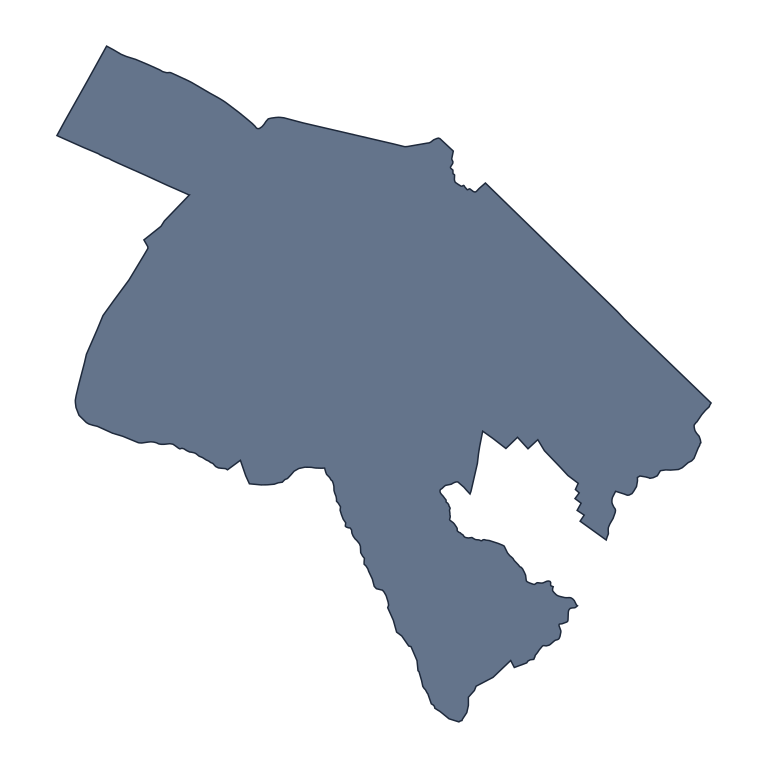 San Lucas Tecopilco, Tlaxcala, Mexico (Albers equal-area conic projection)
{"feature_id": "50627088B19977946929791", "entity_name": "San Lucas Tecopilco", "entity_type": "district", "adm_level": 2, "iso_a3": "MEX", "parent_name": "Mexico", "parent_adm1": "Tlaxcala", "projection": "albers", "projection_center": [-98.249, 19.488], "detail": "fine", "context": "isolated", "style": "filled", "palette": "slate", "viewbox_px": 768, "rotation_deg": 0, "n_neighbors": 0, "source": "geoboundaries", "source_scale": "gbopen_adm2", "svg_char_len": 6094}
<svg xmlns="http://www.w3.org/2000/svg" viewBox="0 0 768 768"><path d="M99.4,154.5L105.3,157.3L109.2,158.7L111.4,160.0L118.7,163.4L144.6,174.9L167.9,185.6L175.5,188.9L188.5,194.7L189.4,194.9L164.4,220.9L161.0,226.3L143.9,239.9L147.8,246.7L147.9,248.4L143.6,255.7L129.0,279.9L113.8,300.5L103.0,315.5L97.0,330.0L86.4,354.3L84.5,362.6L78.9,384.0L76.2,395.3L75.3,400.3L75.4,402.8L76.0,407.5L79.0,415.3L86.3,422.5L88.8,424.0L93.0,425.3L97.3,426.3L112.5,433.2L122.8,436.3L138.3,442.7L139.8,442.9L141.8,443.0L148.0,442.1L150.9,441.8L153.8,442.1L156.5,442.8L158.7,443.9L161.1,444.3L164.2,444.3L169.9,443.7L172.9,444.2L175.0,445.6L178.5,448.2L179.9,448.9L181.9,448.3L183.9,448.8L186.5,450.5L189.6,452.0L191.5,452.2L194.5,452.9L196.2,453.8L199.1,456.2L202.4,457.5L206.3,460.0L208.6,461.0L210.6,462.5L212.8,463.4L215.6,466.5L218.4,467.9L221.7,468.3L225.5,468.6L227.5,469.8L240.4,460.3L245.7,475.7L249.4,483.8L261.1,484.9L267.5,484.8L274.3,484.2L278.2,482.8L282.3,482.2L284.8,479.6L287.5,478.5L290.9,474.9L294.1,471.2L298.8,468.5L304.9,467.2L311.1,467.3L315.5,468.0L321.2,468.2L324.6,468.1L325.7,472.1L326.6,474.4L329.7,477.6L331.0,479.9L332.4,481.1L333.3,483.7L333.9,486.4L334.0,490.5L334.7,493.0L336.1,496.6L336.5,499.2L336.5,501.2L338.3,503.2L340.5,506.8L340.1,510.2L341.4,514.5L343.2,519.2L345.7,522.8L345.3,526.1L346.2,527.0L348.3,527.8L350.0,527.9L351.5,529.8L351.9,533.1L353.1,536.0L355.0,538.8L356.7,540.4L359.4,543.7L360.4,546.3L360.7,552.7L362.6,556.1L364.4,558.3L364.1,561.7L364.1,564.2L366.0,566.0L367.8,568.8L368.7,571.4L372.3,579.0L374.2,586.3L376.4,588.7L382.5,590.2L384.1,592.1L386.1,595.6L388.1,602.0L388.6,605.1L387.7,607.7L393.3,620.2L396.6,632.1L401.8,636.0L408.7,646.0L411.0,646.6L417.0,660.6L418.0,670.7L419.0,671.7L421.6,680.7L422.8,686.4L424.2,688.5L425.4,689.7L427.3,693.2L427.8,693.7L431.3,703.8L433.5,705.2L434.5,706.6L434.8,708.2L438.2,710.4L439.8,711.3L449.0,718.8L458.9,721.9L460.3,721.0L462.0,720.5L462.4,719.3L466.8,712.6L468.4,705.4L468.4,697.2L474.4,690.5L476.1,686.2L493.1,677.3L510.7,660.5L514.3,667.5L526.7,662.9L528.0,661.0L530.3,659.8L533.7,659.4L534.1,658.8L534.4,657.6L535.0,656.8L535.0,656.1L535.2,655.4L537.4,652.7L539.1,650.1L542.3,646.2L543.0,645.7L543.9,645.6L546.2,645.9L549.0,645.2L550.3,644.4L554.0,641.2L555.2,640.3L557.6,639.6L558.7,639.0L559.3,638.1L560.0,636.4L560.9,631.9L560.8,630.6L559.1,625.9L559.0,625.0L559.2,624.3L559.7,624.0L562.0,623.8L566.6,622.1L567.5,621.5L567.8,620.9L568.0,620.0L568.3,612.3L568.6,610.5L569.2,609.5L570.2,608.4L570.9,608.2L572.5,607.9L574.4,607.8L575.4,607.5L577.5,605.8L576.5,605.0L574.3,600.6L572.7,598.9L571.1,597.9L569.9,597.6L566.3,597.7L564.8,597.6L560.2,596.5L558.5,596.0L557.2,595.4L556.2,594.7L554.2,592.7L552.9,591.1L552.6,590.5L552.6,588.8L553.2,586.7L551.4,586.0L550.9,585.7L550.6,585.1L550.7,582.5L550.1,581.5L549.4,581.2L548.2,581.0L546.6,581.3L543.5,582.7L542.1,583.1L540.2,583.0L537.6,582.7L536.9,582.8L534.6,584.4L533.4,584.3L529.5,582.9L527.4,581.9L526.5,581.1L526.2,580.1L525.6,575.2L524.4,572.4L522.6,568.9L521.2,567.3L520.5,567.1L519.7,566.6L518.4,564.9L514.2,560.5L513.0,558.5L511.3,556.9L509.7,555.6L507.5,552.9L504.2,546.1L502.6,545.2L498.2,543.4L489.2,540.5L485.7,540.1L484.8,539.7L483.4,539.7L482.8,539.9L481.9,540.7L481.4,540.7L480.6,540.6L479.0,539.9L476.3,539.7L475.0,539.4L471.9,537.5L468.3,538.0L466.1,537.6L465.1,537.3L464.2,536.7L462.9,534.8L461.2,533.8L460.4,532.9L458.6,532.1L457.7,531.2L457.2,530.7L457.2,528.6L456.8,527.6L454.4,524.0L453.2,522.7L449.9,520.2L449.6,519.5L450.2,517.0L450.2,515.8L449.9,515.0L449.9,513.2L449.5,510.4L449.6,509.6L450.0,508.9L450.1,508.2L449.9,507.6L449.0,506.0L448.7,504.7L447.6,503.1L446.6,502.5L446.1,501.9L446.1,500.4L445.9,499.7L445.0,498.7L443.0,496.0L441.4,494.3L440.5,493.0L440.1,492.0L440.0,491.1L440.1,490.2L440.5,489.5L442.0,488.5L444.2,486.4L445.5,485.4L451.3,484.2L453.5,482.9L455.2,482.2L456.4,481.9L457.6,481.9L457.9,482.0L463.9,487.2L466.3,490.0L470.0,494.0L471.0,491.3L477.4,463.4L478.5,453.8L479.7,446.3L482.7,431.2L493.0,438.5L505.9,448.5L517.5,437.3L528.0,448.8L537.8,439.7L544.4,450.7L560.3,467.3L567.9,475.5L578.2,483.3L575.4,489.5L579.2,492.9L575.0,498.6L581.1,503.2L577.1,510.4L584.2,515.1L580.1,521.2L606.2,540.0L607.1,537.1L608.4,533.8L608.2,529.9L608.3,528.1L608.5,527.2L609.9,523.9L613.1,518.4L615.2,512.5L615.4,511.2L615.5,510.2L615.2,509.0L613.8,507.0L612.5,504.3L612.0,502.8L611.9,501.2L612.0,499.5L612.5,497.4L615.6,491.3L624.4,494.1L627.2,495.2L629.0,495.1L632.0,493.6L633.8,491.1L636.5,486.6L637.5,480.8L637.4,477.5L639.9,476.0L645.5,476.9L648.9,477.8L649.8,478.3L653.2,477.7L657.3,475.8L660.4,470.7L665.7,469.9L670.5,470.1L678.4,469.5L682.3,467.7L688.2,462.6L691.6,460.9L694.0,458.4L698.2,448.0L699.6,445.5L700.2,443.3L700.9,442.8L700.3,439.6L699.1,436.2L696.6,433.3L695.1,430.9L694.7,429.7L694.2,427.2L694.1,425.5L694.4,424.6L695.6,423.2L696.1,422.4L696.8,422.0L701.8,414.6L705.5,410.3L709.2,406.8L709.9,404.9L711.1,403.0L632.5,327.2L624.2,319.0L617.3,311.5L485.4,183.0L479.1,188.5L476.6,191.2L475.8,191.8L475.1,192.0L474.4,191.9L473.3,191.5L469.9,188.9L469.3,188.9L467.7,189.7L467.2,189.7L466.9,189.4L464.8,186.9L464.0,185.6L463.6,185.4L463.0,185.6L462.4,186.0L461.6,186.2L461.0,186.1L458.4,184.5L455.9,182.8L455.0,181.9L454.6,180.6L454.4,179.5L454.6,175.0L454.2,174.5L453.3,174.0L453.0,173.4L452.9,170.1L450.7,168.2L450.5,167.7L450.5,167.0L452.7,163.5L452.9,162.4L452.9,161.6L451.9,159.6L451.7,158.9L453.3,151.1L439.9,138.6L438.4,138.1L436.8,138.5L433.7,139.8L430.6,142.2L429.0,142.9L427.3,143.1L407.6,146.5L405.3,146.7L404.3,146.6L393.4,143.9L303.1,122.9L283.9,117.8L280.5,117.4L278.4,117.3L275.7,117.5L271.3,118.1L269.2,118.6L268.2,118.9L266.0,121.4L264.0,124.4L262.1,126.6L260.0,128.1L259.0,128.6L257.9,128.6L257.0,128.4L256.2,127.8L255.1,126.3L252.4,123.6L246.1,118.3L238.6,112.2L225.5,102.3L223.1,100.7L219.7,98.6L209.1,92.7L191.7,82.5L188.0,80.6L171.5,73.0L170.4,72.6L169.5,72.5L167.6,72.7L166.2,72.6L162.6,71.6L160.0,70.0L149.4,65.2L135.7,59.4L126.4,56.5L120.9,54.2L113.5,49.8L106.6,46.1L87.4,80.9L64.9,120.9L56.9,135.6L83.8,147.6L98.8,153.9L99.4,154.5Z" fill="#64748b" stroke="#1e293b" stroke-width="1.5"/></svg>